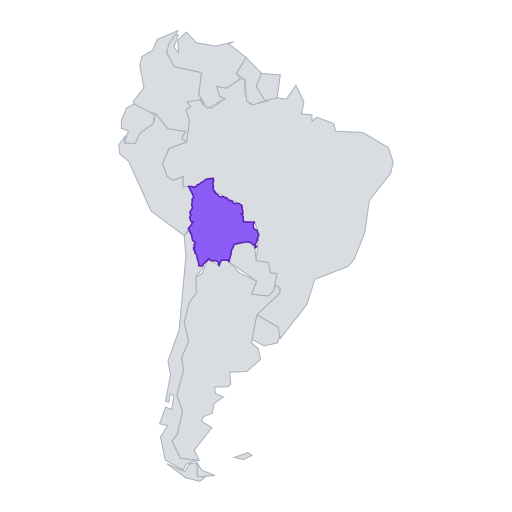 Bolivia highlighted on a map of South America
{"feature_id": "BOL", "entity_name": "Bolivia", "entity_type": "country or territory", "adm_level": 0, "iso_a3": "BOL", "parent_name": "South America", "parent_adm1": "", "projection": "robinson", "projection_center": [-65.153, -16.301], "detail": "fine", "context": "in_parent", "style": "filled", "palette": "violet", "viewbox_px": 512, "rotation_deg": 0, "n_neighbors": 12, "source": "natural_earth", "source_scale": "50m", "svg_char_len": 9078}
<svg xmlns="http://www.w3.org/2000/svg" viewBox="0 0 512 512"><path d="M197.0,462.4L201.6,470.1L215.0,475.6L197.3,476.6L197.0,462.4ZM257.0,314.9L251.5,343.0L258.4,348.7L260.5,359.4L246.8,371.5L229.8,372.2L230.7,384.5L227.5,386.8L214.6,387.1L215.4,393.6L223.5,397.0L214.3,403.1L212.3,413.3L203.2,416.6L201.7,421.5L211.9,427.6L194.2,450.3L199.4,460.6L180.4,458.4L172.0,441.1L177.3,434.1L182.4,411.6L176.9,394.9L183.5,370.4L181.5,357.8L188.5,341.4L184.2,322.5L188.9,303.2L196.5,292.7L195.7,276.9L202.0,273.6L208.0,258.9L218.9,265.4L221.2,260.0L227.8,260.3L239.2,272.6L256.7,281.2L251.7,294.2L268.3,296.0L277.6,283.7L280.1,292.9L257.0,314.9Z" fill="#d9dde1" stroke="#a8b0b8" stroke-width="1"/><path d="M197.0,462.4L197.3,476.6L205.6,476.8L199.8,481.3L185.7,477.8L166.9,463.7L184.9,471.6L188.9,464.3L197.0,462.4ZM188.7,230.6L195.4,242.8L199.1,265.9L203.9,266.6L195.7,276.9L196.5,292.7L188.9,303.2L184.2,322.5L188.5,341.4L181.5,357.8L183.5,370.4L176.9,394.9L182.4,411.6L177.3,434.1L172.0,441.1L180.4,458.4L197.3,460.2L186.0,464.1L183.3,470.2L165.2,460.0L160.5,436.9L167.6,425.6L159.6,423.8L165.6,407.1L171.6,409.4L173.9,395.8L170.2,394.0L168.9,402.2L165.5,401.3L170.5,375.1L168.0,361.1L179.2,329.6L185.9,256.0L184.2,235.7L188.7,230.6Z" fill="#d9dde1" stroke="#a8b0b8" stroke-width="1"/><path d="M234.4,457.4L247.9,452.6L251.9,455.5L243.4,459.6L234.4,457.4Z" fill="#d9dde1" stroke="#a8b0b8" stroke-width="1"/><path d="M257.0,314.9L278.3,327.1L281.4,331.6L277.6,342.8L264.1,345.9L252.0,339.5L257.0,314.9Z" fill="#d9dde1" stroke="#a8b0b8" stroke-width="1"/><path d="M280.2,338.6L278.3,327.1L257.0,314.9L280.1,292.9L280.3,287.6L274.7,285.0L276.8,273.5L270.5,273.1L268.4,262.4L256.1,260.7L258.9,234.5L254.7,222.0L243.5,221.8L241.6,205.2L213.0,190.5L213.4,178.4L196.2,186.8L182.8,186.7L183.2,176.6L173.2,180.4L167.1,176.4L162.5,163.5L168.9,148.5L186.6,142.0L189.3,120.8L185.8,109.7L190.5,106.7L187.0,101.8L200.4,99.7L203.2,105.7L212.1,108.0L225.0,98.6L219.7,96.6L216.4,86.2L226.6,88.1L240.5,78.6L244.9,79.8L245.0,94.9L250.5,104.5L268.4,101.2L268.5,96.5L286.4,99.1L295.9,85.2L303.9,101.7L301.5,113.8L311.9,114.9L312.1,121.5L316.6,117.2L333.7,123.6L335.6,131.2L362.7,132.5L388.4,147.6L393.2,162.3L390.7,173.3L369.3,200.4L364.8,232.5L354.1,259.6L347.8,266.5L314.9,279.3L306.8,304.6L280.2,338.6Z" fill="#d9dde1" stroke="#a8b0b8" stroke-width="1"/><path d="M186.6,142.0L168.9,148.5L162.5,163.5L167.1,176.4L173.2,180.4L183.2,176.6L182.8,186.7L188.8,186.4L193.9,197.1L192.3,223.4L184.2,235.7L151.1,211.0L128.6,161.3L119.8,154.2L118.8,144.9L125.3,136.0L124.5,142.8L135.1,143.6L139.8,133.3L153.2,123.7L155.8,113.7L167.8,128.7L185.6,131.5L181.8,138.3L186.6,142.0Z" fill="#d9dde1" stroke="#a8b0b8" stroke-width="1"/><path d="M204.3,104.9L200.4,99.7L187.0,101.8L190.5,106.7L185.8,109.7L189.3,120.8L186.6,142.0L181.8,138.3L185.6,131.5L167.8,128.7L155.8,113.7L142.1,110.6L132.9,102.0L144.0,87.6L139.7,65.1L142.1,56.4L152.7,50.3L157.3,39.3L177.9,30.7L166.6,52.2L174.4,66.6L201.6,72.6L198.8,94.5L204.3,104.9Z" fill="#d9dde1" stroke="#a8b0b8" stroke-width="1"/><path d="M240.5,78.6L226.6,88.1L216.4,86.2L219.7,96.6L225.0,98.6L207.5,108.5L198.8,94.5L201.6,72.6L174.4,66.6L166.6,52.2L169.0,43.6L174.5,35.8L178.3,34.7L173.9,47.5L178.6,52.3L177.8,40.1L186.4,32.1L196.6,42.9L216.0,46.1L233.6,41.8L228.7,43.8L246.1,57.5L236.5,73.5L240.5,78.6Z" fill="#d9dde1" stroke="#a8b0b8" stroke-width="1"/><path d="M265.2,100.6L253.4,104.8L246.9,101.4L244.9,79.8L236.5,73.5L246.1,57.5L261.5,73.4L256.3,86.2L265.2,100.6Z" fill="#d9dde1" stroke="#a8b0b8" stroke-width="1"/><path d="M277.1,97.9L265.2,100.6L258.9,91.0L256.3,86.2L261.5,73.4L280.3,74.9L277.1,97.9Z" fill="#d9dde1" stroke="#a8b0b8" stroke-width="1"/><path d="M154.2,114.3L153.2,123.7L139.8,133.3L135.1,143.6L124.5,142.8L128.4,131.0L121.3,128.3L121.5,120.3L126.4,108.2L133.7,104.1L154.2,114.3Z" fill="#d9dde1" stroke="#a8b0b8" stroke-width="1"/><path d="M254.9,247.9L256.1,260.7L268.4,262.4L270.5,273.1L276.8,273.5L273.6,290.9L268.3,296.0L251.7,294.2L256.7,281.2L228.7,261.7L234.0,244.3L249.4,242.4L254.9,247.9Z" fill="#d9dde1" stroke="#a8b0b8" stroke-width="1"/><path d="M189.1,230.1L189.1,229.8L189.1,229.3L188.8,228.9L188.5,228.7L188.3,228.4L188.5,228.0L189.2,227.4L189.5,227.3L189.6,227.0L189.9,226.7L190.5,225.8L190.9,225.2L191.3,224.8L191.8,224.5L191.9,224.3L191.8,223.7L191.9,223.2L192.0,222.9L192.5,222.6L192.9,222.4L193.0,222.3L192.9,222.1L192.6,221.8L191.8,221.5L191.3,221.5L191.0,221.3L190.8,221.0L189.8,218.3L189.6,217.6L189.6,217.4L190.3,216.0L190.5,215.6L191.0,214.9L190.9,214.7L190.1,213.6L189.8,213.1L189.8,212.6L189.9,212.0L190.4,211.7L190.5,211.2L190.6,210.7L190.8,210.5L191.0,210.2L191.3,209.8L191.7,209.5L191.9,209.2L192.0,208.5L192.2,208.3L192.7,208.0L192.7,207.8L192.6,207.3L192.4,206.8L192.1,206.5L191.8,205.2L191.5,204.6L191.7,204.3L191.9,204.0L192.1,203.3L192.1,202.6L192.1,199.8L192.1,199.2L192.3,198.8L192.7,198.4L193.1,198.2L193.4,197.9L193.3,197.4L193.5,197.1L193.8,196.7L193.0,195.2L192.3,193.8L191.7,192.5L190.9,191.0L190.4,190.1L189.8,188.9L189.3,187.8L188.5,186.4L189.2,186.3L190.6,186.4L191.9,186.6L192.8,186.7L193.2,187.0L193.3,187.3L193.5,187.5L193.8,187.4L194.1,187.4L194.9,187.0L195.4,186.8L195.9,186.5L196.2,186.2L196.8,185.2L197.3,184.7L197.8,184.5L198.7,184.4L199.0,184.6L199.4,184.6L199.7,184.0L200.2,183.4L201.2,182.6L201.7,182.4L202.0,182.1L202.5,182.1L203.0,181.8L205.2,179.8L206.1,179.3L206.7,179.2L207.1,179.1L207.9,178.8L209.9,178.6L211.2,178.5L211.6,178.7L212.1,178.7L212.5,178.2L212.8,178.1L213.0,178.1L213.4,178.6L213.5,179.2L213.4,179.6L213.4,180.2L213.6,181.0L213.5,181.7L213.0,182.6L212.8,183.0L212.7,183.4L212.8,183.9L213.0,184.8L213.4,186.0L213.5,186.8L213.2,187.4L213.0,187.9L213.1,188.3L213.2,188.6L213.3,188.8L213.4,189.1L213.5,189.6L213.7,190.1L214.1,190.5L214.3,191.0L214.2,191.4L214.3,191.7L214.4,191.8L214.5,191.7L214.8,191.6L215.1,192.2L215.2,192.3L215.3,192.8L215.4,193.2L215.9,193.4L216.3,193.5L216.6,193.7L217.2,194.3L217.6,194.7L218.2,195.0L218.4,195.5L218.7,196.3L219.7,196.6L220.8,196.7L221.6,196.9L222.4,196.5L223.0,196.5L223.6,196.8L223.9,197.0L224.3,197.4L225.0,197.9L225.6,198.1L226.0,197.8L226.4,197.7L226.7,197.8L226.8,198.4L227.0,198.7L227.3,199.0L228.0,199.7L228.4,200.0L228.9,200.0L229.8,200.4L230.8,200.9L231.3,201.0L231.9,200.9L232.2,201.1L232.3,201.6L233.2,202.7L233.6,203.2L234.1,203.5L235.4,203.5L235.7,203.6L236.3,203.5L238.0,203.3L238.3,203.3L239.2,203.8L240.3,204.5L241.1,205.0L241.6,205.3L241.9,205.8L242.1,206.3L242.2,206.8L242.1,207.4L241.8,207.6L241.8,207.9L241.9,208.4L242.2,208.9L242.4,209.5L242.6,210.5L242.8,210.8L242.9,214.0L242.2,214.0L241.1,214.0L241.4,214.3L242.3,215.5L243.1,216.6L243.2,218.3L243.3,219.4L243.4,220.9L243.4,221.8L245.4,221.9L247.8,222.0L250.5,222.1L253.0,222.2L253.6,222.1L253.9,221.9L254.1,221.9L254.1,222.3L254.1,222.8L254.1,223.3L253.3,224.4L253.3,224.7L253.4,226.1L253.6,227.2L253.7,228.3L254.0,228.6L254.8,229.1L256.1,230.1L256.6,230.3L257.0,230.1L257.2,230.5L257.3,231.2L258.0,233.0L258.4,234.2L258.6,234.6L258.9,234.8L258.8,235.0L258.6,235.0L258.4,235.2L258.1,236.5L257.5,238.3L257.2,239.5L257.5,239.5L257.5,239.8L257.6,240.3L257.2,240.4L257.1,240.6L256.6,241.6L256.1,242.9L255.5,244.2L255.1,245.0L255.7,245.6L256.7,246.6L256.5,246.9L256.1,247.0L255.7,247.1L255.5,247.5L255.3,247.7L254.9,247.8L255.1,246.7L254.9,245.8L254.8,245.5L253.1,244.4L251.6,243.3L249.6,242.0L247.0,242.0L244.3,242.0L241.7,242.6L239.2,243.2L238.0,243.5L235.5,244.1L234.1,244.4L233.7,245.4L233.2,247.1L232.6,248.0L232.0,249.1L231.1,250.5L231.1,252.2L231.1,253.8L230.4,256.1L229.9,258.1L229.4,260.0L229.0,261.3L228.9,261.6L228.3,261.1L227.9,260.4L227.8,260.1L225.3,260.1L223.0,260.1L222.7,260.2L222.4,260.2L222.2,260.1L221.9,260.1L221.6,260.3L221.2,260.5L220.3,262.5L219.9,263.3L219.6,264.1L219.3,265.4L219.2,265.6L218.9,265.1L218.5,264.0L218.3,263.3L218.1,262.5L217.6,261.6L217.1,261.3L216.7,261.2L216.2,261.0L215.4,260.8L215.0,260.7L212.5,260.7L212.3,260.7L211.4,260.8L210.9,260.7L210.4,260.2L209.2,259.3L209.0,259.0L208.6,258.8L208.3,258.7L208.1,258.9L207.9,259.7L207.7,260.4L207.5,260.8L206.7,261.1L205.9,261.4L205.5,261.5L205.2,261.9L205.2,262.4L205.0,262.8L203.9,263.5L203.6,263.7L203.5,264.4L202.9,265.2L202.7,265.5L201.7,265.8L200.5,266.0L199.8,266.0L199.2,265.9L198.8,265.6L198.7,265.3L198.7,264.9L198.8,264.3L198.7,263.4L198.3,262.3L198.4,261.9L198.3,261.4L198.1,260.4L197.6,259.9L197.4,259.1L197.4,258.4L197.0,257.5L196.9,256.4L196.9,255.4L196.2,254.3L195.5,253.0L194.9,252.9L194.8,252.7L194.7,252.4L194.7,251.9L194.7,251.5L195.2,251.0L195.2,250.9L194.0,250.0L193.7,249.8L193.6,249.5L193.6,249.2L193.9,249.0L194.0,248.8L193.7,248.2L193.8,247.7L193.6,247.5L193.6,247.3L193.8,247.2L194.5,247.0L194.7,246.5L194.7,246.1L194.6,245.8L193.9,245.0L193.9,244.9L194.6,243.8L195.1,243.1L195.3,242.9L195.2,242.8L195.1,242.6L194.8,242.3L194.4,242.0L194.0,241.7L193.6,241.1L193.0,240.7L192.6,240.2L192.3,239.8L192.3,239.4L192.3,238.8L192.0,237.8L191.9,237.0L191.8,236.3L191.7,235.8L191.6,235.3L191.4,234.7L191.3,234.3L191.4,234.1L191.6,233.8L191.6,233.7L190.5,233.1L190.3,233.0L190.0,231.9L189.2,230.8L189.1,230.1Z" fill="#8b5cf6" stroke="#5b21b6" stroke-width="1.5"/></svg>